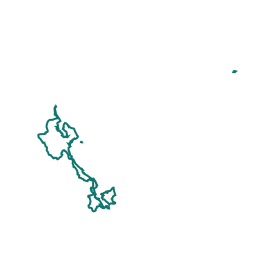 the border of Puntarenas, rotated 200°
{"feature_id": "CRI-1330", "entity_name": "Puntarenas", "entity_type": "Province", "adm_level": 1, "iso_a3": "CRI", "parent_name": "Costa Rica", "parent_adm1": "", "projection": "albers", "projection_center": [-84.164, 7.924], "detail": "fine", "context": "isolated", "style": "outline", "palette": "teal", "viewbox_px": 256, "rotation_deg": 200, "n_neighbors": 0, "source": "natural_earth", "source_scale": "10m", "svg_char_len": 5742}
<svg xmlns="http://www.w3.org/2000/svg" viewBox="0 0 256 256"><g transform="rotate(200 128 128)"><path d="M201.7,85.1L201.7,85.5L202.8,85.1L203.2,85.0L203.4,85.2L203.8,86.0L204.9,86.5L206.6,87.8L208.3,88.4L208.8,88.7L209.9,90.7L209.3,91.6L208.2,92.2L204.4,93.8L204.0,94.1L203.6,94.6L204.1,95.0L204.1,95.5L203.7,95.9L202.6,96.6L202.3,96.9L202.3,97.5L202.5,98.0L204.6,100.7L205.1,101.6L205.4,102.8L205.6,105.4L205.5,106.7L205.1,107.8L204.3,108.8L203.4,109.3L202.3,109.6L201.3,110.2L199.6,111.8L197.6,113.0L197.6,113.4L197.9,113.8L198.9,114.4L199.7,115.3L200.4,115.2L200.7,115.2L201.4,115.5L201.6,115.9L201.8,117.1L203.8,121.4L203.6,123.1L203.4,123.9L202.9,123.5L202.9,123.0L203.4,121.8L203.3,121.3L200.7,117.0L199.8,116.0L195.2,112.7L193.9,111.4L195.0,110.1L196.1,108.5L195.9,107.9L194.6,106.4L194.4,106.0L194.4,105.4L195.7,104.7L195.3,104.6L194.2,104.6L193.7,104.4L193.4,104.1L192.7,102.7L192.9,102.1L193.2,102.1L193.6,103.0L193.7,103.5L193.8,103.6L194.9,103.2L194.9,102.9L193.9,102.3L193.2,101.4L192.9,101.4L192.6,101.8L191.2,101.8L190.6,101.9L189.9,100.9L189.4,100.6L188.9,100.9L187.7,100.2L187.3,99.6L187.6,98.8L187.1,98.8L187.2,98.2L186.7,97.9L185.3,97.5L185.1,98.0L184.6,97.8L184.3,97.8L183.9,98.5L183.4,98.6L182.2,98.4L181.7,98.6L181.5,99.3L181.7,99.1L182.0,99.1L183.3,101.1L183.5,101.7L184.5,103.2L185.0,103.5L186.9,103.9L187.5,104.3L188.4,105.2L188.9,105.0L188.9,105.9L188.8,106.3L188.6,106.5L188.6,106.8L189.2,107.5L189.4,108.9L189.3,110.2L188.9,111.2L188.0,111.2L186.7,110.8L185.4,110.1L184.8,109.6L185.8,109.9L185.1,109.6L184.5,109.1L184.5,109.6L182.4,108.7L181.6,108.6L178.7,108.9L178.2,108.6L176.8,106.9L173.6,103.9L173.4,103.6L172.2,103.1L172.1,101.9L173.5,99.9L174.5,99.4L174.8,99.7L175.0,99.4L176.2,97.8L175.7,97.2L176.3,96.5L177.3,96.0L178.2,95.7L177.0,95.5L176.3,96.1L175.8,96.3L175.7,96.0L175.9,95.4L176.4,94.7L177.7,94.0L177.9,93.6L177.7,93.2L176.8,92.6L176.7,91.9L177.4,92.3L178.2,92.4L176.8,91.3L176.2,91.1L176.6,90.8L176.5,90.6L176.2,90.4L176.3,90.0L177.1,89.1L176.0,86.2L175.4,85.5L175.1,85.7L174.3,84.7L173.5,83.4L172.5,82.4L171.1,82.1L171.2,81.2L170.3,80.3L169.2,79.8L168.4,79.6L165.5,76.8L162.6,75.4L162.2,75.1L158.6,73.7L157.9,73.9L157.6,73.4L157.1,73.6L156.5,73.0L155.8,72.9L156.2,72.2L155.7,71.2L154.7,70.4L153.8,70.1L153.8,70.3L154.4,70.5L154.9,70.8L153.9,70.7L152.4,69.8L150.5,69.5L145.5,68.1L144.6,68.0L143.2,68.3L142.7,68.3L142.2,67.9L141.9,67.1L141.4,67.0L141.6,67.5L139.7,66.1L139.3,65.1L138.1,64.4L138.0,63.4L137.4,63.4L137.5,63.0L137.4,61.8L137.6,61.4L138.2,60.8L138.5,60.2L139.0,59.4L139.1,58.9L139.0,58.4L138.1,57.5L136.6,55.2L136.2,54.9L135.6,54.7L135.7,54.1L136.2,53.2L135.3,52.5L135.2,52.1L135.4,51.6L134.3,51.2L131.0,51.6L131.0,51.3L131.5,51.1L133.3,51.0L133.3,50.8L131.1,50.5L130.2,50.2L129.3,49.7L128.0,48.6L127.3,48.2L127.0,47.9L127.1,47.7L126.5,47.4L125.0,46.0L124.2,45.6L123.8,45.2L123.6,45.1L123.0,45.4L122.7,45.1L123.0,44.5L123.7,44.2L124.8,44.2L125.4,44.5L126.1,44.4L126.7,44.7L127.9,45.9L128.5,46.1L128.3,45.3L128.5,44.8L129.3,44.0L130.2,43.6L130.3,43.4L130.3,43.0L130.0,42.4L130.3,41.7L130.6,40.3L130.5,40.1L130.2,39.7L130.2,39.3L130.5,38.9L131.8,37.9L132.7,38.0L133.4,38.5L134.2,39.8L134.8,40.3L136.0,40.2L136.9,39.8L137.2,39.9L137.9,40.3L138.1,40.9L138.5,41.3L138.5,41.7L138.0,42.7L137.7,43.5L138.0,44.4L137.9,45.5L138.1,46.1L138.7,47.2L140.2,49.2L140.5,49.8L141.0,49.8L141.4,49.5L141.7,49.6L142.1,50.4L142.1,50.7L141.9,50.9L141.2,51.2L139.4,52.4L139.0,52.5L138.0,53.9L137.6,54.1L137.5,54.7L137.9,55.0L138.7,55.3L140.2,55.6L140.5,55.8L141.3,56.9L141.0,57.2L141.9,57.7L142.4,58.4L142.4,58.8L142.2,59.4L141.9,59.5L140.8,59.5L140.6,59.7L140.6,59.9L141.0,61.4L141.0,62.2L141.9,63.9L142.2,65.5L142.9,66.4L143.4,66.5L144.5,66.3L145.0,66.5L145.7,66.3L146.3,66.7L146.6,66.7L146.8,66.6L147.1,66.1L147.8,65.4L147.8,64.2L149.5,64.0L151.6,63.9L152.3,64.6L152.6,64.6L154.0,64.6L154.4,64.8L155.0,64.9L156.6,64.7L157.1,64.8L157.4,65.4L157.3,66.2L157.4,66.5L157.8,66.9L158.0,67.0L159.0,67.0L159.6,67.1L159.9,67.9L159.7,68.7L159.8,68.9L160.6,69.3L161.2,70.5L162.1,71.3L164.5,72.9L165.1,73.1L165.3,72.8L165.7,72.7L166.1,73.0L166.4,73.6L166.6,74.4L167.8,75.6L168.1,76.2L168.2,77.2L168.4,78.0L168.8,78.6L169.1,78.9L171.2,79.8L171.5,79.7L171.8,79.1L172.1,79.0L172.5,79.0L173.0,79.2L174.3,80.7L174.8,82.1L175.2,82.6L178.6,84.8L179.6,84.8L180.2,85.3L180.5,85.3L181.6,84.3L181.7,83.9L181.6,83.1L182.0,82.0L181.9,81.3L181.7,80.8L181.3,80.8L181.0,80.6L180.6,80.5L180.6,80.3L181.0,78.3L182.1,77.0L182.7,75.4L183.6,74.5L184.6,74.9L184.8,75.0L184.9,75.5L185.1,75.5L185.5,75.2L186.6,75.1L187.1,74.3L187.7,74.0L188.2,74.2L188.9,74.8L189.9,75.2L191.0,75.9L191.5,76.0L192.9,75.8L193.3,75.9L195.0,78.0L196.7,79.1L197.5,82.0L199.4,82.7L200.0,83.9L200.6,84.5L201.2,84.7L201.7,85.1ZM119.3,49.6L120.2,50.3L122.7,51.4L123.0,51.3L123.6,51.5L125.0,52.4L125.6,52.6L126.3,52.6L127.0,52.3L128.8,53.6L128.8,53.9L128.1,54.0L128.1,54.6L129.0,55.7L128.4,56.0L128.0,56.4L128.5,56.7L129.2,56.8L130.5,56.7L130.5,57.0L128.8,58.0L128.4,58.8L127.5,59.3L127.0,60.5L125.8,60.0L125.2,59.9L125.0,60.4L125.7,61.4L125.6,61.6L124.2,62.2L124.1,62.4L123.2,62.8L123.0,63.1L122.2,65.7L121.4,67.0L121.1,67.0L120.1,64.8L117.0,60.6L117.5,60.3L117.7,59.8L118.0,59.6L118.3,58.9L118.6,58.6L118.5,58.0L119.1,55.8L118.3,55.6L118.0,54.7L117.5,54.1L116.9,53.8L116.2,53.7L115.9,53.6L114.8,53.5L114.5,53.3L114.3,52.9L114.8,52.3L115.7,51.9L116.4,51.7L116.6,52.0L117.9,51.3L118.7,51.1L119.0,50.8L119.3,49.6ZM120.2,46.4L121.5,46.9L121.9,46.9L121.9,47.2L120.9,47.5L119.7,47.4L119.0,47.2L118.7,46.8L118.2,45.9L119.2,45.6L121.4,46.2L121.4,46.4L120.2,46.4ZM47.6,217.9L46.1,218.1L46.6,217.2L47.6,216.6L48.1,216.5L48.1,217.4L47.6,217.9ZM166.3,98.8L166.8,98.6L167.3,98.6L167.3,99.0L167.0,99.1L166.5,99.0L166.3,98.8Z" fill="none" stroke="#0f766e" stroke-width="2"/></g></svg>